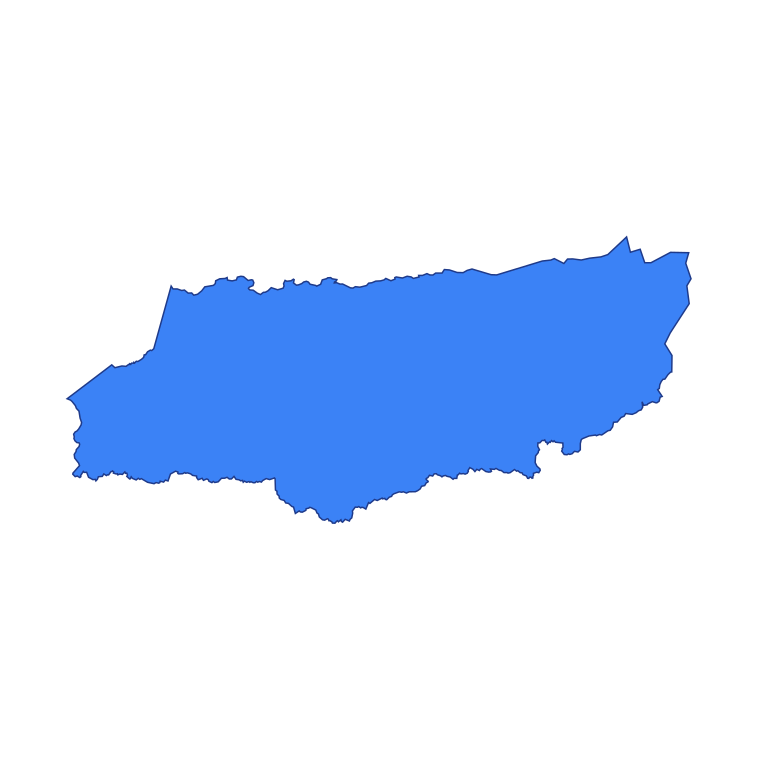 Iglesia, San Juan, Argentina, rotated 261°
{"feature_id": "61730980B72303812021480", "entity_name": "Iglesia", "entity_type": "district", "adm_level": 2, "iso_a3": "ARG", "parent_name": "Argentina", "parent_adm1": "San Juan", "projection": "albers", "projection_center": [-69.7, -29.592], "detail": "fine", "context": "isolated", "style": "filled", "palette": "blue", "viewbox_px": 768, "rotation_deg": 261, "n_neighbors": 0, "source": "geoboundaries", "source_scale": "gbopen_adm2", "svg_char_len": 6124}
<svg xmlns="http://www.w3.org/2000/svg" viewBox="0 0 768 768"><g transform="rotate(261 384 384)"><path d="M504.5,218.5L501.8,213.9L501.5,210.0L504.0,208.3L504.4,204.8L508.0,201.6L508.0,198.8L510.2,194.7L510.9,190.5L514.0,189.1L454.8,162.1L453.4,159.8L454.0,158.5L452.8,155.5L450.2,153.1L450.3,151.7L447.9,150.8L446.3,148.3L444.7,144.5L445.2,142.9L443.7,140.9L444.5,140.3L443.7,139.9L444.1,138.0L443.3,137.2L443.7,136.3L443.0,136.4L443.3,134.9L441.8,132.0L442.8,127.9L442.2,120.8L445.5,118.1L419.0,68.7L417.1,71.9L415.5,73.2L410.9,75.8L408.0,76.4L404.9,78.5L397.8,78.5L393.3,79.3L390.9,78.4L387.3,75.4L385.5,73.2L385.0,71.5L383.0,69.6L380.2,69.8L378.6,69.2L376.2,69.9L374.2,71.5L373.6,73.6L372.2,74.0L370.0,73.1L367.3,69.8L365.5,69.3L362.9,67.0L359.2,66.9L353.7,70.0L351.0,70.5L344.7,62.9L343.6,62.5L340.8,64.5L341.1,66.6L339.2,68.9L339.9,70.1L340.9,70.0L344.7,73.3L343.6,74.0L343.3,76.5L338.1,77.6L335.1,81.5L334.9,84.0L333.4,84.3L334.7,86.0L337.1,87.4L336.8,91.3L339.0,93.2L337.0,95.5L337.6,96.8L337.3,97.8L340.2,100.6L340.1,101.6L340.6,102.2L339.5,103.3L338.3,102.8L337.0,105.5L337.1,106.7L335.9,106.9L336.4,109.0L335.6,111.5L337.7,114.3L336.2,114.7L336.2,116.0L334.2,116.4L333.0,115.5L330.0,117.9L330.1,118.7L331.9,119.8L330.1,120.8L328.0,124.2L329.3,126.5L328.0,127.9L328.5,129.5L323.9,135.1L321.5,141.3L322.3,143.4L321.3,146.0L321.7,147.2L323.0,147.7L321.6,151.0L323.3,153.0L322.0,155.5L328.5,159.0L330.5,164.5L329.3,166.7L327.9,166.4L327.3,167.2L326.9,171.1L327.7,173.4L326.9,174.1L327.0,175.9L325.5,179.0L323.7,180.6L322.4,184.5L320.9,184.3L318.5,185.5L319.3,189.6L317.1,190.6L318.0,194.1L317.1,195.4L315.3,195.9L313.5,198.6L314.5,200.1L313.2,201.4L313.3,204.9L316.3,208.7L315.9,212.0L316.4,214.4L314.4,216.3L314.1,218.5L316.2,221.4L313.0,222.9L312.0,226.0L310.8,227.3L310.9,229.2L309.0,229.6L309.9,230.9L308.4,233.0L308.8,235.4L307.9,236.1L308.3,237.3L307.0,239.3L306.7,241.1L307.7,242.9L306.8,243.9L307.2,245.7L306.3,247.6L307.6,249.0L309.0,252.8L307.5,256.1L308.3,261.2L307.3,261.6L296.3,260.2L294.9,261.5L292.0,261.2L289.6,262.9L287.8,262.7L286.1,264.0L284.6,267.2L281.9,268.3L281.0,271.0L277.5,273.8L276.6,275.4L270.0,276.2L271.9,280.4L270.7,281.4L270.2,283.3L271.4,287.0L273.0,287.6L273.2,290.4L273.8,291.2L273.4,292.4L270.2,296.9L267.1,297.6L265.9,298.9L262.8,299.3L259.5,302.0L258.8,304.1L259.8,307.0L259.3,307.8L257.5,308.3L257.5,309.2L255.9,311.0L254.7,311.3L254.2,313.8L255.9,315.8L256.2,316.7L255.0,317.4L256.6,320.2L254.9,320.4L254.0,321.5L256.4,324.5L254.1,328.4L255.6,329.3L256.8,331.2L261.4,332.9L263.5,332.9L266.9,336.3L266.4,338.6L266.9,339.9L265.3,341.6L265.7,342.8L265.3,344.1L263.3,346.5L269.3,350.2L268.3,351.4L271.4,356.6L270.0,359.1L271.6,364.3L270.8,364.6L270.9,366.9L269.8,367.3L269.3,368.6L271.4,371.5L271.8,373.9L273.2,374.9L274.0,376.5L275.1,382.1L274.3,384.7L274.6,386.1L272.8,389.1L273.6,392.1L272.7,398.1L273.3,400.4L274.7,403.3L277.1,405.1L277.3,408.3L279.8,410.3L280.3,412.0L281.0,412.4L283.1,410.7L284.0,410.9L284.7,412.7L286.7,414.6L285.5,417.7L287.4,419.5L287.2,421.7L286.0,422.5L284.6,425.4L283.2,426.7L284.0,428.3L284.0,430.6L283.0,431.7L281.8,434.8L279.1,437.3L279.8,438.4L279.4,441.1L282.6,442.2L282.8,443.3L284.1,444.6L283.2,445.9L283.1,448.5L282.3,450.0L282.8,452.2L284.4,453.6L285.5,453.5L288.0,455.7L285.9,458.5L283.3,460.1L285.2,462.3L283.6,464.7L284.8,465.7L285.2,467.2L281.6,470.9L280.6,473.6L280.5,475.5L281.0,476.5L283.4,475.8L282.4,479.7L283.1,481.4L280.7,484.5L280.2,486.3L277.7,488.7L277.3,491.7L276.6,492.5L276.7,494.7L279.1,499.5L277.2,501.3L277.4,502.6L275.1,504.7L274.7,506.4L272.8,507.1L270.9,510.3L268.4,511.1L268.1,512.2L269.1,513.2L269.1,514.4L267.7,515.5L268.0,516.4L268.8,516.1L270.4,517.4L272.4,517.6L273.0,521.1L272.2,523.0L274.3,524.8L275.8,524.7L278.9,522.2L282.7,521.0L289.3,522.5L292.1,525.6L293.6,526.0L294.7,527.3L298.4,526.1L301.7,526.8L301.5,528.7L303.5,531.3L303.2,533.0L303.6,534.0L301.2,534.7L301.0,535.7L299.1,536.0L300.9,538.5L300.4,539.1L301.9,540.6L300.5,541.9L301.3,543.1L299.7,544.2L297.7,551.4L293.4,550.9L292.5,549.8L291.7,550.0L289.9,549.0L286.2,551.0L285.5,553.7L286.1,555.4L285.4,556.5L285.7,558.9L287.7,561.6L286.5,565.0L288.3,567.6L294.5,568.6L298.1,570.1L298.9,571.3L300.6,578.4L300.5,584.9L299.7,585.7L300.4,588.8L299.6,591.1L302.8,597.9L302.9,600.2L305.9,603.1L310.3,604.7L310.0,608.5L313.9,613.0L314.6,616.1L317.0,618.1L315.2,624.4L316.2,628.5L317.8,631.3L318.2,634.0L320.7,635.9L326.1,636.1L322.3,637.1L322.3,640.7L323.1,641.5L324.6,646.3L322.9,649.6L322.8,650.7L323.9,653.0L327.8,654.7L328.2,656.8L335.6,653.4L336.5,655.2L340.2,656.3L343.2,658.3L345.0,660.3L344.9,662.2L348.9,666.0L350.9,668.9L350.9,670.1L367.1,672.9L379.7,667.6L389.7,674.7L415.6,698.0L433.6,698.5L439.9,703.7L456.1,700.9L466.0,705.5L469.2,687.6L462.0,666.6L463.0,660.5L477.0,658.1L475.6,648.0L491.3,646.6L476.8,625.3L475.6,618.1L476.1,606.9L475.6,598.2L478.0,590.0L478.7,584.8L474.9,580.5L481.2,571.8L480.3,568.1L480.7,559.6L474.1,512.4L475.2,506.9L483.8,488.9L483.2,483.9L481.6,479.6L482.7,473.7L486.4,466.5L487.6,461.5L484.5,458.7L485.5,452.4L484.0,449.4L484.5,446.4L486.3,443.7L485.2,439.0L485.8,435.2L484.2,435.3L483.7,429.5L485.5,427.6L486.8,423.7L485.8,418.8L487.8,412.8L487.4,411.3L485.9,411.3L484.9,407.0L488.0,402.3L486.8,400.3L486.4,396.7L486.9,391.9L485.9,387.8L486.0,384.6L484.0,382.2L483.4,375.3L484.6,370.9L483.6,368.4L484.2,365.9L489.2,358.8L489.6,356.1L491.5,353.0L491.6,350.7L492.5,351.1L493.3,353.1L494.5,353.8L496.0,349.3L497.4,348.0L497.7,345.0L497.0,343.7L496.5,339.3L492.4,337.0L491.2,332.8L492.0,332.0L494.1,326.6L496.5,325.3L497.6,323.4L497.3,320.6L496.1,318.6L495.3,315.2L495.3,313.0L498.0,310.4L501.1,311.6L501.7,310.9L500.5,308.4L500.7,304.1L501.8,302.5L498.9,300.5L496.4,300.6L494.4,299.3L493.7,293.7L496.8,287.7L494.2,284.0L493.2,281.1L493.4,279.2L491.7,276.0L493.6,273.0L497.1,269.5L497.9,266.2L499.2,265.2L499.8,265.1L500.7,266.2L501.7,270.0L504.4,271.3L507.2,270.6L507.7,269.3L507.5,266.0L512.0,262.1L512.8,259.5L512.5,255.9L509.9,254.5L509.6,250.1L511.1,245.7L513.7,245.7L513.1,243.6L513.6,238.2L512.3,233.9L509.6,233.1L508.1,231.0L508.0,222.2L504.5,218.5Z" fill="#3b82f6" stroke="#1e3a8a" stroke-width="1.5"/></g></svg>